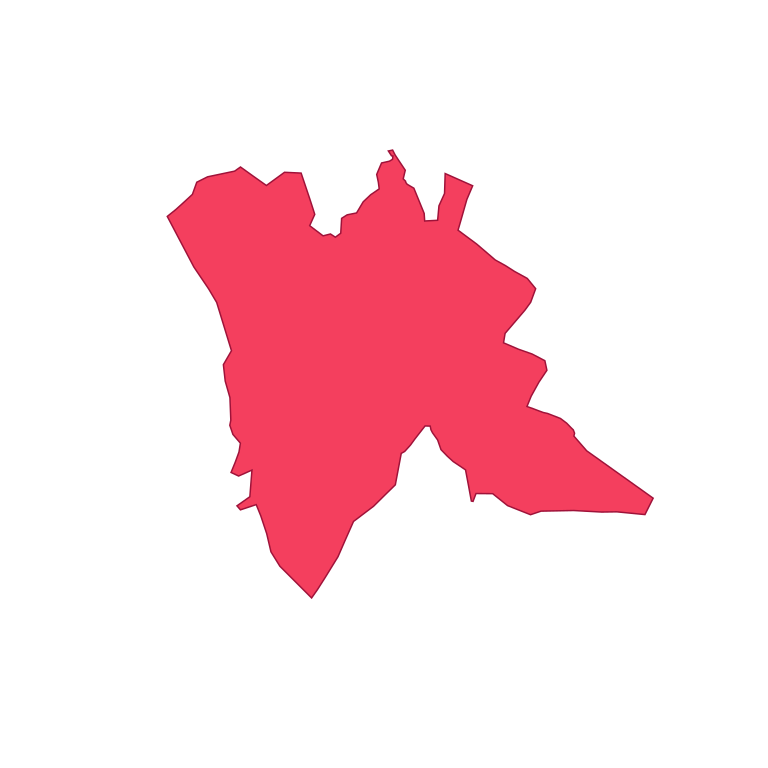 the district of Nganzai, Borno, Nigeria, rotated 316°
{"feature_id": "59680162B84828583281462", "entity_name": "Nganzai", "entity_type": "district", "adm_level": 2, "iso_a3": "NGA", "parent_name": "Nigeria", "parent_adm1": "Borno", "projection": "albers", "projection_center": [13.181, 12.442], "detail": "fine", "context": "isolated", "style": "filled", "palette": "rose", "viewbox_px": 768, "rotation_deg": 316, "n_neighbors": 0, "source": "geoboundaries", "source_scale": "gbopen_adm2", "svg_char_len": 1923}
<svg xmlns="http://www.w3.org/2000/svg" viewBox="0 0 768 768"><g transform="rotate(316 384 384)"><path d="M585.5,303.0L574.2,275.1L559.9,289.0L547.3,294.0L536.3,303.5L526.5,295.0L531.4,289.2L541.5,263.9L539.4,256.4L539.7,254.1L540.4,253.1L540.3,249.8L547.8,245.0L549.8,234.0L551.1,227.0L552.7,221.7L549.0,219.4L547.9,225.1L548.8,226.2L546.2,228.3L542.7,227.5L535.8,223.3L528.4,226.4L524.3,228.2L520.1,234.9L516.1,240.3L505.9,238.6L495.6,238.5L483.1,241.9L475.0,236.7L468.6,235.4L457.6,245.5L451.0,244.6L449.7,238.9L443.1,235.1L440.5,218.5L447.7,215.6L452.0,213.9L454.6,208.7L459.3,199.1L470.9,174.7L459.5,162.6L437.3,159.5L434.3,143.6L431.5,128.2L424.4,127.1L401.0,112.4L389.5,108.8L377.9,114.5L368.2,114.3L355.7,113.9L344.5,112.9L328.5,167.8L323.9,193.9L320.3,209.1L297.4,254.1L281.9,258.5L271.8,271.6L263.7,286.8L248.6,303.7L247.8,304.2L247.1,304.7L244.4,306.6L240.3,315.3L239.6,326.8L234.7,330.5L232.4,332.2L222.5,337.0L212.5,341.4L215.5,349.2L229.2,354.2L209.2,371.9L193.6,369.5L193.3,374.8L208.3,382.0L203.8,393.2L195.7,410.1L186.1,426.2L182.5,442.8L183.3,487.6L193.2,485.7L207.4,482.3L230.9,476.3L247.1,469.6L266.6,461.7L291.6,464.7L307.8,464.5L322.1,464.4L348.2,445.9L352.0,446.9L360.7,446.3L368.1,445.0L384.4,442.7L388.0,446.4L386.0,449.5L385.0,452.8L383.7,461.5L379.4,470.8L379.4,480.0L379.9,487.9L383.0,502.4L373.8,516.4L365.5,528.9L366.5,530.3L374.1,526.7L386.0,538.4L388.4,557.3L398.6,579.8L408.7,584.6L432.5,606.7L451.6,627.3L462.6,637.6L481.0,659.2L498.3,653.1L483.4,572.9L484.4,553.4L486.9,551.8L488.3,548.5L488.2,545.4L488.2,539.1L487.0,531.4L481.2,518.8L478.8,515.2L476.3,510.0L474.2,505.5L471.2,499.5L481.4,495.0L496.7,490.3L510.7,487.3L515.9,479.0L511.4,465.4L504.9,452.4L498.6,437.4L506.3,431.7L536.6,428.8L546.3,427.1L559.3,420.8L560.4,407.6L556.1,393.7L553.7,383.6L550.2,372.1L547.9,347.8L544.1,324.8L554.2,319.0L571.8,308.8L585.5,303.0Z" fill="#f43f5e" stroke="#9f1239" stroke-width="1.5"/></g></svg>